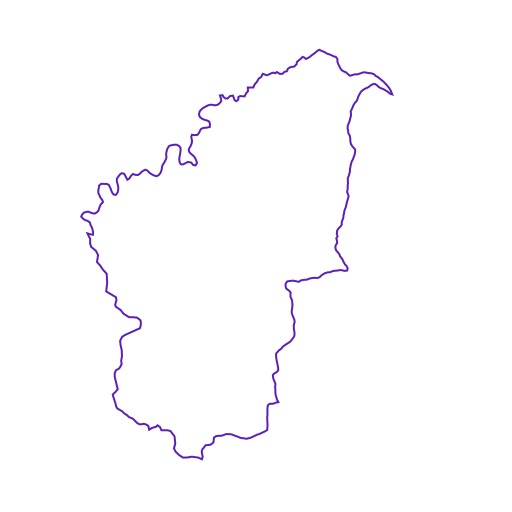 the district of Tupaciguara, Minas Gerais, Brazil, rotated 252°
{"feature_id": "56859067B46869230194574", "entity_name": "Tupaciguara", "entity_type": "district", "adm_level": 2, "iso_a3": "BRA", "parent_name": "Brazil", "parent_adm1": "Minas Gerais", "projection": "albers", "projection_center": [-48.725, -18.573], "detail": "fine", "context": "isolated", "style": "outline", "palette": "violet", "viewbox_px": 512, "rotation_deg": 252, "n_neighbors": 0, "source": "geoboundaries", "source_scale": "gbopen_adm2", "svg_char_len": 6098}
<svg xmlns="http://www.w3.org/2000/svg" viewBox="0 0 512 512"><g transform="rotate(252 256 256)"><path d="M329.6,102.7L326.4,103.1L323.5,103.6L319.1,102.1L315.7,102.0L310.5,105.3L305.7,106.1L299.4,102.9L295.2,104.8L290.3,106.2L285.3,108.5L276.5,106.2L271.3,103.8L268.6,102.6L260.0,110.1L257.1,109.6L253.2,107.0L251.1,107.0L246.4,110.6L242.1,112.1L237.1,116.3L235.7,120.2L234.1,123.9L230.6,126.2L228.2,126.0L225.3,124.7L223.2,123.3L221.4,107.2L220.5,103.7L217.4,100.6L213.3,99.7L208.0,99.2L202.2,97.6L198.0,95.4L194.7,94.8L192.6,92.7L191.3,91.0L190.6,87.5L188.2,85.4L184.7,84.3L172.0,83.3L170.1,80.3L168.6,77.0L165.9,76.8L158.7,76.8L156.1,76.5L153.8,77.0L149.7,80.7L147.2,81.9L144.8,83.9L142.0,85.5L139.3,88.6L133.7,91.5L131.9,93.3L131.3,95.2L131.1,97.4L130.0,99.1L127.8,101.1L123.8,100.7L124.6,103.9L124.5,108.3L125.4,110.0L122.9,111.9L119.5,112.2L117.8,117.5L116.1,120.5L109.7,122.8L102.4,121.2L98.4,118.5L94.7,119.1L90.4,121.4L86.8,124.3L85.5,128.9L85.0,132.9L82.0,139.0L79.4,141.7L81.4,143.2L86.7,143.9L88.7,145.2L90.0,147.4L91.6,149.6L91.0,152.2L90.6,154.5L91.8,157.8L93.9,158.9L96.3,159.9L97.0,162.5L96.4,165.5L95.7,167.6L95.7,169.8L95.9,172.3L95.0,175.2L93.7,178.0L92.0,179.9L90.5,181.9L88.9,183.8L87.3,185.9L86.4,188.1L85.1,190.5L84.8,194.3L85.1,197.2L85.4,199.5L85.7,201.8L85.7,204.5L86.4,210.1L87.0,212.8L89.5,213.9L91.6,214.7L98.9,216.7L101.3,217.8L103.9,218.6L106.8,219.5L109.4,220.6L110.8,221.8L111.2,223.8L110.4,225.5L110.2,227.8L110.4,229.9L110.1,232.1L113.1,231.6L118.2,231.8L120.7,232.4L123.3,233.2L125.8,233.8L128.3,235.0L130.9,234.8L133.6,234.6L135.8,234.8L137.7,235.3L138.6,237.0L139.2,239.8L140.5,241.8L142.6,242.5L144.9,242.8L149.8,243.3L154.6,244.1L157.0,245.0L159.1,248.5L160.0,251.3L161.5,253.6L162.5,256.6L163.8,261.6L164.7,263.4L165.9,265.0L167.0,266.6L168.4,267.9L170.7,268.8L172.8,269.2L175.1,269.5L177.2,270.1L179.0,270.8L180.8,272.1L183.1,272.8L188.7,272.4L190.6,272.4L192.5,272.9L195.1,274.2L198.0,275.5L202.2,276.5L204.3,276.5L206.5,276.2L208.6,276.8L210.6,277.7L213.2,276.5L215.6,274.7L218.3,274.8L220.6,275.7L222.2,277.9L221.7,280.8L221.2,283.4L218.2,288.8L218.9,291.0L218.6,293.8L217.8,297.0L218.0,300.1L217.6,303.1L217.0,305.5L216.1,307.4L216.2,309.9L217.5,312.6L218.3,315.8L218.3,319.1L217.7,321.3L217.9,324.0L217.6,326.6L217.0,328.9L216.7,331.2L216.0,333.2L214.5,335.5L214.0,338.3L216.1,339.4L218.6,339.0L220.7,338.0L223.6,337.4L226.6,337.1L229.6,335.9L231.9,335.8L234.0,335.1L235.8,334.2L237.5,333.9L239.6,334.1L241.6,335.1L243.2,337.2L245.4,337.7L248.1,337.9L249.4,339.6L252.1,339.7L254.9,340.9L256.7,343.0L258.1,345.7L259.4,347.3L261.4,347.8L263.3,349.2L265.2,350.8L267.3,351.6L269.0,352.7L270.9,353.6L272.9,354.9L274.5,356.4L276.5,357.5L278.8,359.0L280.6,360.1L282.5,361.5L284.4,362.6L286.2,362.6L288.7,362.4L290.7,363.5L292.5,364.3L294.4,364.9L297.1,366.1L299.6,366.7L301.9,367.5L303.8,369.2L305.6,370.3L307.3,371.5L309.5,372.1L311.1,373.1L312.8,373.9L314.7,375.2L316.3,376.2L317.7,377.8L322.2,381.3L324.5,382.5L326.7,383.2L330.6,381.5L333.0,380.9L335.6,381.1L338.0,381.8L341.2,382.4L344.1,381.8L346.7,382.3L348.8,382.5L351.4,383.4L355.4,386.7L357.6,388.0L359.4,389.3L361.7,390.3L364.0,390.6L367.3,393.6L369.1,395.1L371.1,397.3L372.3,399.6L373.7,400.9L376.0,402.5L379.6,406.3L380.7,408.6L381.3,410.9L381.6,413.0L381.8,415.1L382.8,417.7L383.3,420.0L382.9,422.3L381.0,423.8L378.7,425.0L376.9,426.7L375.1,429.0L371.1,432.4L368.9,433.7L367.6,435.5L371.4,435.3L374.4,434.6L377.5,433.5L382.1,431.3L384.2,430.0L386.5,428.5L388.8,427.0L390.3,425.4L392.2,424.6L394.0,422.4L395.3,419.4L396.4,417.5L397.5,415.1L397.4,410.4L397.5,408.0L398.3,406.0L398.3,403.5L398.4,401.0L400.3,399.7L402.7,398.5L404.5,396.4L406.1,395.0L407.8,394.4L410.2,393.9L413.3,393.5L415.7,393.5L418.3,394.3L420.8,393.4L421.7,391.7L423.6,389.9L425.2,387.9L426.8,385.8L428.8,384.2L430.5,382.1L432.6,379.9L432.1,377.6L431.0,375.1L429.8,371.3L428.7,368.5L428.2,366.5L428.0,364.3L429.8,363.3L431.0,361.8L429.8,359.7L428.9,357.3L427.9,354.9L425.8,353.8L424.4,350.9L424.7,348.9L424.9,346.4L424.1,344.0L422.2,342.5L422.3,339.9L421.1,337.5L421.8,335.0L424.5,332.7L423.8,330.9L425.0,329.3L425.1,327.2L424.7,324.5L424.5,322.3L427.2,318.7L424.7,316.3L423.8,313.3L421.6,311.0L419.5,307.6L417.1,305.6L417.9,302.8L418.8,300.3L415.2,299.3L413.8,296.9L411.4,294.5L412.1,292.4L413.0,290.4L412.7,288.4L410.1,287.4L409.3,285.1L410.8,283.8L413.0,283.8L415.7,283.6L416.1,280.5L414.6,277.7L415.2,275.7L417.1,274.3L419.3,273.9L419.8,271.3L416.9,271.3L414.2,270.9L412.5,268.5L411.7,266.3L411.9,263.7L412.9,261.9L413.9,259.7L414.1,257.0L413.5,253.3L412.7,250.1L410.9,247.1L408.1,245.4L405.2,245.7L403.2,247.1L401.2,249.4L399.8,251.6L398.3,253.0L395.7,253.0L393.0,251.9L393.3,248.8L394.0,245.6L393.9,243.2L392.5,241.5L390.8,239.9L389.3,237.9L389.9,235.0L391.1,232.5L389.4,231.3L387.5,231.0L385.5,230.8L383.4,229.9L380.9,227.9L379.2,225.9L377.7,224.8L375.5,224.7L373.8,225.5L371.8,226.7L369.5,228.0L367.6,228.4L365.7,228.6L362.8,228.7L360.8,226.5L362.1,224.3L364.8,223.3L366.5,220.5L365.7,215.1L366.2,213.0L368.7,212.3L371.3,212.8L373.1,213.5L377.8,216.0L380.0,217.0L382.1,217.6L384.2,217.0L386.3,215.0L387.2,212.3L387.5,209.9L387.5,207.5L385.7,205.1L383.5,203.5L380.7,202.0L378.5,201.6L376.6,200.9L374.5,198.9L372.5,196.8L371.1,195.0L369.2,193.9L366.8,192.7L364.4,190.7L363.0,188.4L362.6,186.1L364.3,183.6L366.6,181.5L368.3,180.2L370.6,179.3L372.3,177.4L371.9,174.8L371.2,172.9L370.2,171.1L369.5,168.7L370.4,166.5L372.0,164.3L370.9,161.9L368.8,159.4L368.3,157.2L370.9,156.8L374.8,156.1L376.2,154.1L375.8,152.2L374.4,150.0L372.5,147.6L370.2,146.7L367.2,146.6L364.5,146.4L361.7,145.5L359.2,144.1L357.4,141.6L358.4,139.6L360.4,138.9L362.6,138.6L364.6,138.6L369.1,138.0L370.6,136.4L372.5,131.0L371.5,128.6L369.8,127.8L367.0,126.2L364.5,125.5L361.7,125.9L359.3,126.1L357.3,127.0L354.6,127.2L352.9,124.1L350.4,122.0L348.3,120.6L346.9,118.7L346.2,115.9L346.9,114.1L348.2,112.3L350.0,110.2L350.4,108.0L350.4,105.6L349.2,103.5L347.5,101.9L344.9,103.1L342.9,104.6L341.4,106.8L339.1,108.4L336.6,108.2L334.1,108.7L331.5,108.7L328.9,108.4L326.6,107.5L327.8,105.3L329.6,102.7Z" fill="none" stroke="#5b21b6" stroke-width="2"/></g></svg>